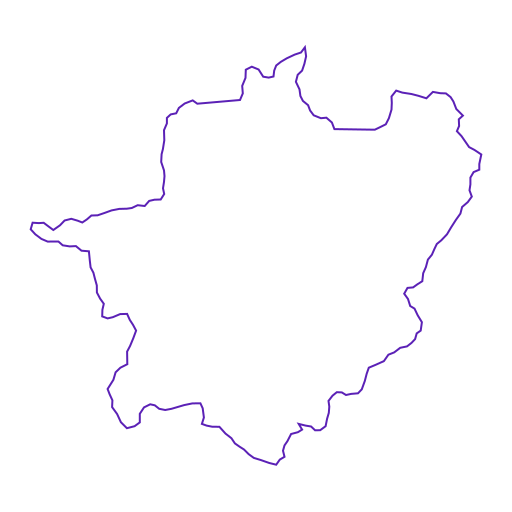 outline of Natividade, Rio de Janeiro, Brazil
{"feature_id": "56859067B70660128968293", "entity_name": "Natividade", "entity_type": "district", "adm_level": 2, "iso_a3": "BRA", "parent_name": "Brazil", "parent_adm1": "Rio de Janeiro", "projection": "robinson", "projection_center": [-41.94, -21.042], "detail": "fine", "context": "isolated", "style": "outline", "palette": "violet", "viewbox_px": 512, "rotation_deg": 0, "n_neighbors": 0, "source": "geoboundaries", "source_scale": "gbopen_adm2", "svg_char_len": 2943}
<svg xmlns="http://www.w3.org/2000/svg" viewBox="0 0 512 512"><path d="M35.3,234.3L41.4,238.9L47.7,241.6L53.8,241.5L58.4,241.5L62.7,245.3L69.7,246.4L75.9,246.1L81.5,250.7L88.9,251.3L89.8,260.5L90.6,267.4L93.4,272.7L94.9,278.6L96.8,285.4L96.9,292.5L100.1,298.6L103.8,303.8L102.4,309.8L102.2,316.4L107.6,318.4L112.8,317.2L120.1,314.1L127.1,313.9L129.8,319.9L133.0,324.8L136.1,330.6L133.3,338.2L130.1,345.9L127.1,351.6L127.3,364.2L120.4,367.7L115.6,372.3L113.4,379.8L107.6,389.0L109.6,394.2L112.4,400.3L112.1,407.1L117.1,414.0L120.9,422.2L126.9,428.2L134.6,426.2L139.8,422.4L139.8,413.8L144.0,407.4L150.2,404.3L154.8,405.3L159.2,408.8L165.2,410.0L171.5,408.8L178.0,406.9L184.1,405.1L192.4,403.4L200.4,403.3L202.7,408.3L203.9,417.5L201.9,423.9L206.6,425.6L212.1,426.7L219.4,426.8L225.5,433.6L231.4,438.2L234.9,443.4L239.6,446.7L244.0,449.5L248.6,454.1L253.8,457.9L261.0,460.1L269.3,463.0L276.2,464.7L279.8,459.6L284.5,456.8L283.0,450.7L284.5,445.4L287.4,441.2L291.1,434.0L297.9,432.2L302.1,429.6L298.7,423.9L305.6,425.6L311.1,426.5L315.1,430.3L320.2,430.2L325.6,426.2L327.1,418.7L328.8,412.9L329.3,406.6L328.5,400.9L332.5,395.7L336.8,392.2L341.8,392.4L346.0,395.0L351.1,393.9L358.0,393.3L361.8,389.3L364.8,381.0L366.7,373.7L368.8,367.7L375.7,364.8L383.9,361.1L388.4,354.7L394.2,352.4L400.2,347.8L407.0,346.4L411.5,342.9L415.1,339.1L416.7,333.4L420.7,330.6L421.9,322.2L417.7,315.3L414.5,308.6L410.2,306.0L408.0,299.0L404.2,293.7L407.5,287.9L413.1,287.4L417.4,284.3L422.3,281.2L423.2,273.2L425.9,267.1L427.9,259.6L431.9,254.7L434.4,249.0L436.8,244.0L441.3,240.3L447.0,234.3L451.1,227.4L455.9,219.9L460.4,213.6L462.1,207.0L467.8,202.1L471.8,196.6L469.5,190.3L470.4,184.4L470.4,177.6L473.6,172.1L479.3,169.7L479.3,164.0L481.3,154.5L474.4,149.9L469.1,147.1L465.3,141.6L461.5,136.1L456.9,131.2L459.1,126.0L458.8,119.3L462.9,115.6L456.3,109.0L453.4,101.5L450.6,97.1L445.9,93.4L440.2,93.2L432.9,91.9L426.4,98.3L418.4,95.8L411.4,94.0L402.3,92.6L396.2,90.6L391.5,96.5L391.8,102.9L391.5,109.6L388.9,118.2L385.8,124.3L380.0,127.2L374.8,129.7L334.4,129.1L331.9,122.5L326.4,117.7L320.9,118.2L313.7,115.3L310.1,110.5L308.1,105.2L302.9,100.9L300.4,96.0L299.5,89.4L295.9,81.8L297.7,74.8L302.1,70.6L304.4,63.8L306.1,56.3L304.9,47.3L301.0,52.5L294.7,54.6L286.8,58.3L280.9,61.8L276.2,65.5L274.2,70.6L273.5,76.5L268.7,77.6L263.2,76.7L258.6,69.5L251.8,66.7L245.8,69.7L245.5,77.9L242.2,85.9L242.8,93.4L240.0,100.0L197.3,103.7L192.7,100.4L184.7,103.5L178.9,107.9L176.2,113.3L170.7,114.4L166.9,117.9L166.9,123.4L164.0,130.2L164.3,140.3L162.9,149.1L161.6,154.2L161.2,162.0L164.0,170.4L164.5,176.1L164.0,181.9L163.0,188.3L164.2,194.0L160.7,199.5L154.5,199.7L149.2,200.9L144.7,206.0L137.7,205.2L131.8,208.0L126.8,208.7L119.3,208.9L111.6,210.4L104.4,213.0L97.6,215.3L91.4,215.5L86.9,219.4L82.3,222.5L77.7,220.7L71.3,218.8L64.6,220.5L60.0,225.3L53.3,230.0L48.2,226.2L43.7,222.8L38.7,223.1L32.6,222.7L30.7,229.3L35.3,234.3Z" fill="none" stroke="#5b21b6" stroke-width="2"/></svg>